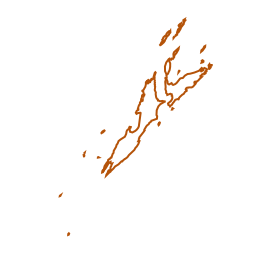 Ko Yao, Phangnga, Thailand, rotated 38°
{"feature_id": "78962969B39979274143767", "entity_name": "Ko Yao", "entity_type": "district", "adm_level": 2, "iso_a3": "THA", "parent_name": "Thailand", "parent_adm1": "Phangnga", "projection": "equal_earth", "projection_center": [98.565, 7.992], "detail": "fine", "context": "isolated", "style": "outline", "palette": "amber", "viewbox_px": 256, "rotation_deg": 38, "n_neighbors": 0, "source": "geoboundaries", "source_scale": "gbopen_adm2", "svg_char_len": 5816}
<svg xmlns="http://www.w3.org/2000/svg" viewBox="0 0 256 256"><g transform="rotate(38 128 128)"><path d="M116.9,70.8L115.7,67.3L115.2,67.2L115.1,68.0L117.4,73.7L117.1,75.1L116.3,74.9L116.2,75.2L117.2,78.2L116.4,79.4L116.3,80.6L115.6,81.0L115.2,80.4L115.0,79.3L115.6,78.6L115.2,78.2L115.1,77.5L114.4,77.6L114.2,78.9L113.9,79.3L114.1,80.0L113.9,80.7L114.2,81.4L115.1,82.4L116.2,84.7L116.8,88.6L116.3,89.7L116.6,90.1L117.9,90.1L119.5,91.6L120.0,91.5L120.3,92.5L120.6,92.1L120.8,92.5L120.4,93.0L120.6,93.4L119.2,92.9L119.0,93.6L120.3,95.7L120.5,97.0L121.0,97.8L121.5,97.7L122.2,96.6L122.8,97.5L122.3,98.6L121.6,98.8L121.8,100.7L122.8,102.1L122.6,103.3L123.9,106.8L124.2,107.2L124.7,106.9L125.0,107.4L124.3,109.0L124.8,111.2L126.0,111.6L126.8,109.9L128.3,108.4L128.7,108.4L135.5,120.0L135.9,121.5L135.9,124.0L135.5,125.9L134.2,128.8L132.0,129.7L130.0,127.9L128.9,129.1L128.7,130.5L129.0,131.6L130.2,133.8L130.9,136.8L129.2,141.6L128.6,144.1L129.4,146.7L129.4,148.4L130.2,150.2L130.8,154.7L131.9,156.5L131.9,158.0L133.2,161.5L133.0,162.0L132.6,162.1L132.7,164.0L132.2,164.4L132.0,165.3L132.8,166.8L132.6,168.2L133.0,172.4L134.2,175.2L134.9,175.3L135.2,174.6L135.1,172.8L134.3,166.9L135.1,165.4L135.9,166.5L136.5,166.8L136.4,167.3L136.7,166.5L137.4,165.6L137.8,167.4L138.3,168.5L138.4,169.7L139.3,171.0L139.8,172.4L138.9,173.2L138.9,174.3L139.5,175.8L139.7,178.0L140.1,178.9L140.6,174.8L141.1,173.4L141.0,172.3L141.5,169.1L141.5,166.3L142.9,162.5L143.4,158.2L144.1,157.8L144.0,156.9L144.5,154.4L144.8,154.1L145.5,151.4L145.4,148.7L146.5,141.4L146.1,139.0L146.3,137.2L146.0,134.2L145.1,131.4L144.2,132.1L144.0,130.9L143.3,130.0L143.3,129.2L142.7,128.5L142.7,121.0L142.6,119.7L142.1,119.7L141.9,119.3L141.4,115.4L141.5,113.8L141.9,112.6L141.9,111.5L141.6,110.9L142.2,108.8L142.0,107.7L141.4,107.1L142.2,107.6L145.1,102.9L143.7,100.7L142.5,100.3L139.7,96.3L138.6,92.3L138.8,89.4L140.5,85.1L141.2,83.9L139.7,85.0L138.7,85.3L136.6,87.3L135.2,87.6L134.4,87.3L134.3,87.6L133.9,87.2L132.5,87.1L131.1,86.3L128.9,84.2L128.1,82.9L125.7,81.6L123.9,78.6L123.3,78.4L122.7,77.3L121.9,77.0L121.4,75.7L120.6,75.3L119.9,74.0L118.8,73.4L118.2,72.2L116.9,70.8ZM154.3,33.4L153.8,33.0L151.2,33.7L151.1,35.1L151.8,36.1L150.8,38.3L150.0,38.1L150.1,37.0L149.9,35.7L149.6,35.3L149.1,35.3L148.7,39.2L146.2,43.4L143.5,47.0L141.7,48.8L140.6,51.7L140.4,54.9L139.2,56.0L138.6,57.1L138.6,62.4L138.2,64.3L137.0,66.3L136.2,66.4L134.7,65.8L133.6,68.4L132.7,68.6L131.3,68.1L130.5,67.0L128.2,65.7L127.7,66.0L128.9,68.7L132.5,72.6L133.6,74.4L135.6,75.7L136.4,76.9L137.8,77.1L138.6,77.8L140.2,75.0L141.8,74.5L142.5,75.7L143.1,75.5L144.5,77.0L145.0,78.3L145.2,80.3L144.4,84.0L145.6,85.0L146.9,84.7L147.8,85.1L147.8,84.1L148.3,82.4L148.0,81.3L148.1,78.8L147.9,76.7L149.3,74.6L149.8,74.4L150.3,75.1L150.1,73.6L149.7,73.0L149.8,71.1L150.3,68.2L150.9,66.9L150.7,64.5L151.4,62.6L150.9,62.0L150.4,62.3L149.6,62.0L149.4,60.9L149.8,59.7L150.5,59.4L150.9,58.6L153.2,56.8L153.8,55.3L154.0,51.6L153.5,51.3L152.9,51.8L152.6,51.5L152.6,50.8L152.1,50.8L152.1,50.4L152.9,49.6L153.7,49.9L153.6,48.8L154.2,47.1L154.1,46.2L154.7,42.4L153.6,43.0L153.0,42.3L153.6,41.5L153.3,40.8L153.3,40.3L154.0,39.9L153.8,39.6L153.9,38.7L154.5,37.9L155.1,38.2L155.5,37.1L154.9,36.3L154.3,36.6L154.2,36.3L154.2,35.5L154.8,35.7L155.0,35.1L154.6,34.9L154.2,34.0L154.3,33.4ZM117.9,48.1L117.7,48.6L117.8,52.8L119.2,56.7L122.2,60.4L125.2,62.0L125.8,62.8L126.0,62.8L125.8,62.4L126.1,60.7L125.4,58.2L125.3,57.2L124.6,55.7L123.6,53.9L121.4,51.0L119.4,50.0L117.9,48.1ZM102.6,26.6L101.7,25.6L101.8,26.3L101.2,27.1L101.3,26.2L100.8,26.3L100.3,28.5L100.4,30.2L100.9,31.2L100.4,32.7L100.1,34.8L100.6,36.4L100.6,37.4L101.2,37.8L101.8,38.8L101.6,40.0L102.1,41.9L102.1,43.6L102.9,41.9L103.5,38.5L103.4,37.1L102.6,37.0L103.2,36.3L102.8,35.0L102.9,34.0L102.4,32.9L102.8,29.1L102.2,28.0L102.6,27.5L102.6,26.6ZM119.3,42.7L119.9,42.3L120.0,39.0L119.4,35.0L118.7,33.7L117.6,39.8L118.0,41.3L118.8,42.5L119.3,42.7ZM107.8,15.7L107.7,14.1L106.6,15.1L107.0,18.7L106.7,19.4L107.8,22.5L108.3,22.8L108.6,22.5L108.9,21.5L108.4,17.5L107.8,15.7ZM155.2,26.8L154.3,27.5L153.8,29.5L154.0,30.1L155.5,31.5L155.8,31.3L155.9,29.9L155.9,29.3L155.1,28.5L155.5,27.2L155.2,26.8ZM138.7,22.8L139.1,21.0L138.9,16.7L138.3,15.8L137.9,16.8L138.4,19.2L138.0,21.6L138.7,22.8ZM146.2,28.7L145.0,28.7L144.7,29.5L145.1,29.7L145.7,31.3L146.5,30.2L146.7,29.4L146.2,28.7ZM105.7,7.5L105.2,8.9L105.5,9.3L106.5,9.0L107.4,12.4L107.9,13.0L107.9,11.6L107.4,11.1L106.8,8.6L106.1,8.8L105.7,7.5ZM110.3,148.4L111.0,146.7L111.3,143.8L110.4,145.2L110.0,146.7L110.1,148.3L110.3,148.4ZM106.1,14.7L105.4,13.1L105.3,13.6L105.0,13.7L104.7,15.5L104.7,16.0L105.2,16.4L105.6,16.5L106.1,15.7L105.6,15.5L106.1,14.7ZM135.4,176.3L135.1,175.8L134.1,176.6L134.3,177.8L135.0,179.0L135.5,178.2L135.3,177.6L135.4,176.3ZM150.5,106.3L149.9,104.2L149.5,104.1L149.2,104.8L149.5,105.3L149.5,106.3L150.4,106.9L150.5,106.3ZM129.6,125.5L128.5,126.1L128.7,127.0L129.7,126.8L129.9,126.1L129.6,125.5ZM108.7,26.4L109.3,24.2L108.6,23.8L108.4,25.9L108.7,26.4ZM146.7,249.1L147.0,248.6L146.7,247.5L146.2,247.4L146.1,248.2L146.7,249.1ZM127.1,65.9L127.6,64.7L127.4,64.4L126.6,65.1L126.7,65.7L127.1,65.9ZM133.5,52.9L133.5,51.6L133.1,50.6L133.0,52.0L133.5,52.9ZM153.5,29.4L153.4,28.0L152.9,27.6L152.9,29.0L153.5,29.4ZM110.7,177.5L110.9,177.3L110.6,176.6L110.1,176.2L109.7,176.6L110.7,177.5ZM120.8,44.8L120.7,43.7L120.0,43.8L120.5,44.6L120.8,44.8ZM120.0,47.5L120.2,46.7L119.7,46.5L119.5,47.2L120.0,47.5ZM151.5,84.9L150.8,85.0L151.3,86.4L151.5,86.2L151.2,85.8L151.5,84.9ZM116.2,223.7L116.5,223.2L116.3,222.3L116.0,223.3L116.2,223.7ZM122.5,169.9L123.2,169.1L122.5,169.2L122.3,169.6L122.5,169.9ZM106.8,8.5L107.0,7.7L106.7,6.9L106.6,7.9L106.8,8.5ZM108.5,29.1L108.5,28.4L108.1,28.3L108.1,28.6L108.5,29.1ZM109.5,175.0L109.1,174.1L109.0,174.6L109.5,175.0Z" fill="none" stroke="#b45309" stroke-width="2"/></g></svg>